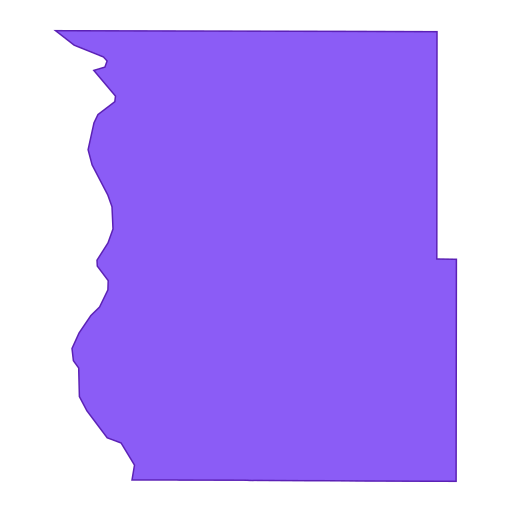 the district of Emmons, North Dakota, United States of America
{"feature_id": "52423323B40885711739246", "entity_name": "Emmons", "entity_type": "district", "adm_level": 2, "iso_a3": "USA", "parent_name": "United States of America", "parent_adm1": "North Dakota", "projection": "natural_earth1", "projection_center": [-100.392, 46.288], "detail": "fine", "context": "isolated", "style": "filled", "palette": "violet", "viewbox_px": 512, "rotation_deg": 0, "n_neighbors": 0, "source": "geoboundaries", "source_scale": "gbopen_adm2", "svg_char_len": 813}
<svg xmlns="http://www.w3.org/2000/svg" viewBox="0 0 512 512"><path d="M352.3,31.4L55.6,30.7L74.2,45.2L103.5,57.0L107.1,61.0L104.9,67.1L93.8,70.4L115.5,96.1L114.8,101.7L98.0,114.5L94.0,122.8L88.1,149.7L92.1,164.9L107.8,195.0L112.0,206.8L113.0,229.0L108.0,242.9L97.0,260.2L97.3,266.1L108.2,280.6L107.9,289.9L99.6,307.0L90.9,315.5L79.1,332.9L72.0,348.5L73.4,360.7L78.7,368.0L79.4,396.6L86.9,410.8L107.2,437.8L121.1,443.0L134.5,465.1L132.0,480.0L138.4,480.0L157.2,480.0L173.7,480.0L176.9,480.0L179.0,480.1L184.1,480.1L243.7,480.2L248.2,480.3L248.8,480.4L253.2,480.5L253.6,480.4L306.9,480.7L316.5,480.7L321.9,480.7L338.0,480.8L338.9,480.8L351.4,480.9L359.1,481.0L391.7,481.1L412.1,481.2L455.9,481.3L456.1,481.3L456.4,259.3L436.8,259.0L437.0,31.7L352.3,31.4Z" fill="#8b5cf6" stroke="#5b21b6" stroke-width="1.5"/></svg>